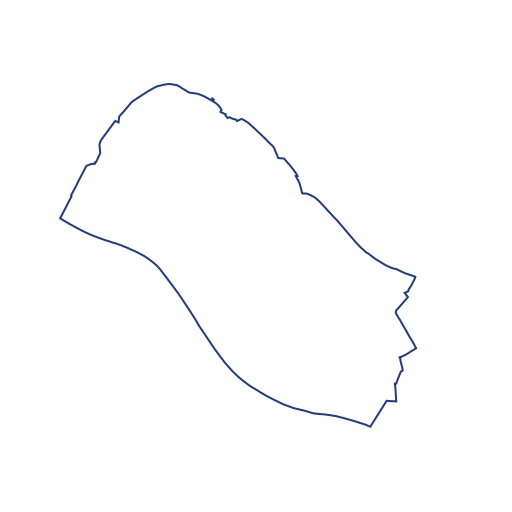 the district of Albrandswaard, Zuid-Holland, Netherlands, rotated 28°
{"feature_id": "6326949B38585086995539", "entity_name": "Albrandswaard", "entity_type": "district", "adm_level": 2, "iso_a3": "NLD", "parent_name": "Netherlands", "parent_adm1": "Zuid-Holland", "projection": "orthographic", "projection_center": [4.441, 51.852], "detail": "fine", "context": "isolated", "style": "outline", "palette": "blue", "viewbox_px": 512, "rotation_deg": 28, "n_neighbors": 0, "source": "geoboundaries", "source_scale": "gbopen_adm2", "svg_char_len": 4908}
<svg xmlns="http://www.w3.org/2000/svg" viewBox="0 0 512 512"><g transform="rotate(28 256 256)"><path d="M406.4,199.5L404.9,199.7L395.3,201.3L386.1,201.7L385.0,202.0L383.5,202.4L381.8,202.8L376.3,203.2L373.3,203.2L365.8,202.7L363.4,202.6L362.4,202.5L360.4,202.2L357.5,201.7L353.5,201.0L353.3,201.1L352.9,201.2L351.9,201.1L349.8,200.6L347.4,200.0L345.3,199.5L342.2,198.6L336.5,196.6L327.6,193.1L311.7,186.8L306.8,185.2L300.5,183.0L286.8,178.2L281.5,176.9L279.3,176.6L273.7,176.8L271.8,177.0L270.9,177.4L270.2,177.7L270.0,177.8L267.6,179.0L266.0,177.4L264.3,175.6L260.6,171.7L257.7,169.3L257.4,169.3L253.6,166.8L255.1,165.8L251.8,163.8L245.3,160.8L244.0,160.2L239.7,158.6L236.8,157.5L234.9,156.8L230.6,158.7L229.6,159.1L225.6,155.7L223.5,154.0L222.5,153.1L221.5,152.3L220.5,151.7L219.1,151.1L218.1,150.8L216.5,150.4L214.3,149.7L212.4,149.2L209.6,148.2L205.4,147.0L201.4,145.9L197.7,144.9L194.6,144.0L192.0,143.4L190.4,143.0L188.4,142.5L187.0,142.1L185.1,141.9L183.6,141.8L182.8,141.7L181.0,141.7L179.8,141.7L178.8,141.8L178.4,142.4L175.9,145.8L174.6,144.9L173.6,145.2L171.3,145.7L170.8,145.8L169.1,145.9L167.2,146.0L166.4,147.2L166.2,147.5L164.6,146.8L162.8,146.0L162.7,145.1L161.2,145.3L156.9,145.4L156.9,144.4L157.0,143.1L154.8,141.9L152.5,140.8L150.3,140.2L148.4,139.8L145.0,139.7L145.4,137.9L143.4,137.4L142.9,139.5L138.8,139.4L138.1,139.4L134.8,139.4L134.5,139.5L132.5,139.6L130.0,139.9L127.8,140.3L126.5,140.8L124.7,141.5L123.2,142.0L122.9,142.1L122.5,142.3L120.3,143.1L115.7,142.8L113.7,142.7L111.4,142.6L110.1,142.4L108.5,142.3L104.9,142.3L105.4,142.5L104.2,142.9L102.2,143.5L101.0,144.0L99.7,144.4L98.7,144.9L97.8,145.3L97.2,145.8L95.1,147.4L94.1,148.1L93.1,148.9L91.6,150.4L89.4,152.3L89.2,152.5L88.3,153.7L87.4,154.9L86.9,155.6L86.8,155.8L86.1,156.9L84.6,159.2L82.6,162.4L81.8,163.9L80.9,165.6L80.5,166.3L76.6,173.4L75.1,176.1L74.5,177.2L73.8,179.3L71.8,188.5L71.1,191.7L71.0,192.0L69.8,196.8L69.8,197.2L71.9,202.6L68.8,202.8L68.4,202.8L68.2,203.5L68.2,203.8L68.1,204.2L67.8,205.9L67.5,208.1L65.8,219.7L64.9,225.5L64.9,227.7L64.9,228.6L65.6,231.4L67.0,233.5L68.8,236.1L70.2,238.2L70.2,238.7L70.7,248.3L70.0,249.1L69.8,249.2L70.4,250.2L70.1,250.4L68.6,251.3L68.3,251.5L67.5,252.0L65.6,254.1L63.9,256.0L63.9,256.4L63.9,256.8L64.1,273.5L64.2,279.1L64.3,289.5L65.1,289.8L65.4,314.7L70.6,315.0L75.7,315.2L80.9,315.3L85.9,315.3L91.0,315.3L96.1,315.1L101.2,314.7L106.4,314.1L111.4,313.4L116.5,312.6L118.8,312.1L122.6,311.5L126.6,310.7L131.6,309.9L136.7,309.4L138.2,309.2L141.7,309.0L147.1,308.6L150.7,308.5L152.1,308.5L157.3,308.5L162.4,309.0L168.1,310.0L172.9,311.0L176.8,312.4L177.0,312.5L181.6,314.6L182.5,315.0L187.5,317.3L192.2,319.5L196.9,321.7L201.5,323.9L206.1,326.1L206.7,326.5L210.6,328.5L215.1,331.0L219.6,333.4L224.1,335.9L228.4,338.3L232.9,340.9L237.5,343.7L238.9,344.6L264.1,358.0L276.0,363.6L277.7,364.4L278.8,364.9L280.2,365.4L288.6,368.5L289.0,368.7L289.4,368.8L298.3,371.3L299.5,371.5L302.5,372.1L309.7,373.3L312.6,373.6L329.4,374.6L338.6,374.5L342.0,374.4L349.9,374.1L357.1,373.1L359.6,372.8L360.7,372.6L361.2,372.5L370.8,370.0L372.6,369.6L381.0,367.9L382.1,367.4L390.2,364.0L392.2,363.2L401.4,359.9L411.0,357.6L420.9,355.5L421.9,355.3L431.5,353.6L432.1,353.5L437.1,353.1L437.9,341.7L438.0,340.7L438.6,332.0L438.7,331.6L439.3,322.5L440.8,321.9L443.9,320.5L446.0,319.5L448.1,318.6L446.9,316.6L443.0,310.3L442.7,309.7L442.2,308.9L441.9,308.6L441.2,307.3L441.0,307.1L440.5,306.2L440.2,305.8L439.7,305.3L439.4,304.9L439.3,304.7L439.2,304.7L438.9,304.0L438.7,303.7L438.8,303.7L439.7,302.9L439.8,302.8L439.5,302.2L438.6,294.3L438.4,292.5L438.1,290.2L438.3,289.9L438.4,289.6L438.9,289.0L439.0,288.8L439.1,288.7L439.2,288.4L439.2,288.2L439.1,287.9L438.9,287.6L438.6,287.2L438.2,286.8L437.8,286.2L435.9,284.1L432.5,280.4L431.7,279.0L431.1,278.6L430.3,278.1L430.9,277.4L431.1,277.5L432.3,275.9L432.4,275.7L432.9,275.1L433.5,274.3L434.2,273.3L434.8,272.4L435.3,271.5L435.9,270.5L436.7,269.2L437.9,267.0L439.0,265.2L440.1,263.3L440.7,262.3L438.1,260.5L436.7,259.6L436.3,259.4L435.5,258.8L435.2,258.6L433.9,257.8L432.4,256.9L430.5,255.8L430.0,255.5L429.6,255.3L428.7,254.7L426.9,253.6L425.2,252.5L424.5,252.0L424.4,251.9L423.7,251.5L422.4,250.7L422.1,250.5L421.1,249.9L418.9,248.6L417.8,247.9L416.8,247.2L415.3,246.3L414.0,245.4L412.4,244.4L411.0,243.7L409.4,242.8L406.2,240.7L406.0,240.4L405.7,239.4L405.6,238.8L405.5,238.6L405.5,237.8L405.6,237.4L405.6,237.2L406.0,235.9L406.3,234.6L406.5,233.7L407.0,231.6L407.2,230.4L407.3,230.1L407.6,229.0L408.5,225.1L409.1,222.2L409.4,220.9L408.0,220.3L407.7,220.2L405.2,219.1L404.5,218.8L405.2,217.9L405.9,217.0L406.6,216.1L407.0,215.5L406.9,215.3L406.8,214.9L406.6,214.6L406.6,214.3L406.5,214.0L406.5,213.7L406.6,212.7L406.7,211.8L406.8,211.3L406.8,211.0L406.9,210.4L406.9,209.5L406.9,208.7L406.9,207.5L406.9,206.2L406.9,204.9L406.9,203.8L406.9,203.3L406.9,203.0L406.9,202.6L406.7,201.1L406.4,199.5Z" fill="none" stroke="#1e3a8a" stroke-width="2"/></g></svg>